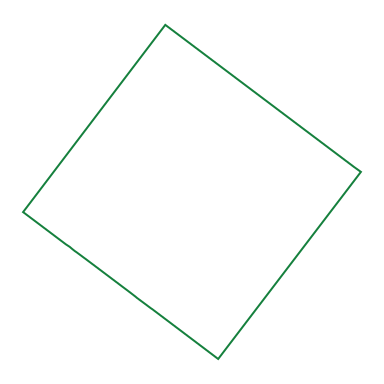 Norton, Kansas, United States of America, rotated 217°
{"feature_id": "52423323B84788735948293", "entity_name": "Norton", "entity_type": "district", "adm_level": 2, "iso_a3": "USA", "parent_name": "United States of America", "parent_adm1": "Kansas", "projection": "robinson", "projection_center": [-99.829, 39.784], "detail": "fine", "context": "isolated", "style": "outline", "palette": "green", "viewbox_px": 384, "rotation_deg": 217, "n_neighbors": 0, "source": "geoboundaries", "source_scale": "gbopen_adm2", "svg_char_len": 409}
<svg xmlns="http://www.w3.org/2000/svg" viewBox="0 0 384 384"><g transform="rotate(217 192 192)"><path d="M313.9,309.4L314.8,74.3L314.6,74.3L313.6,74.3L273.1,74.3L267.7,74.3L261.2,74.3L256.7,74.6L253.4,74.4L249.9,74.3L248.4,74.4L231.7,74.5L190.5,74.5L180.0,74.5L173.8,74.4L172.1,74.3L155.1,74.4L153.2,74.5L70.6,74.4L69.2,309.7L77.4,309.5L313.9,309.4Z" fill="none" stroke="#15803d" stroke-width="2"/></g></svg>